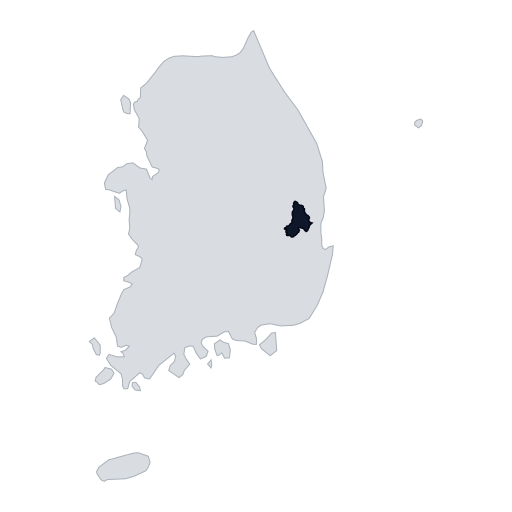 Cheongsong-gun, North Gyeongsang, South Korea (highlighted)
{"feature_id": "91817680B32757414449699", "entity_name": "Cheongsong-gun", "entity_type": "district", "adm_level": 2, "iso_a3": "KOR", "parent_name": "South Korea", "parent_adm1": "North Gyeongsang", "projection": "orthographic", "projection_center": [129.024, 36.373], "detail": "fine", "context": "in_parent", "style": "filled", "palette": "ink", "viewbox_px": 512, "rotation_deg": 0, "n_neighbors": 0, "source": "geoboundaries", "source_scale": "gbopen_adm2", "svg_char_len": 4782}
<svg xmlns="http://www.w3.org/2000/svg" viewBox="0 0 512 512"><path d="M138.2,99.2L140.3,97.7L140.5,95.4L140.7,88.0L146.6,83.0L155.0,72.5L159.2,66.8L163.8,61.5L169.2,58.0L174.4,56.3L182.6,55.8L198.3,56.7L201.3,56.1L212.2,55.7L214.8,56.7L222.7,57.4L231.5,56.8L235.9,55.3L240.0,52.7L243.6,47.9L247.4,39.0L251.4,32.0L253.7,30.7L269.5,68.2L284.8,92.4L297.9,109.9L316.8,143.6L322.4,161.6L323.0,172.7L326.2,188.1L323.5,196.9L324.4,210.7L323.2,217.9L320.9,223.1L320.9,233.2L321.7,238.6L321.8,245.7L323.3,248.5L325.5,249.6L328.9,246.9L333.2,245.8L332.5,254.4L327.4,276.2L323.0,292.1L316.9,305.9L309.1,318.5L299.7,323.5L293.1,325.3L280.5,325.9L270.0,323.7L261.0,325.2L257.4,327.8L254.7,332.3L256.6,339.3L256.3,344.5L252.5,344.1L244.8,341.0L236.3,340.5L232.4,339.0L228.5,331.6L224.4,331.8L217.3,336.1L206.4,336.9L202.5,339.2L201.1,342.3L202.7,346.2L208.1,351.3L206.2,356.5L200.4,359.0L195.9,352.6L193.2,346.3L190.0,345.9L184.9,347.6L183.8,354.3L186.1,358.9L189.8,364.2L184.4,370.2L182.9,374.5L179.0,377.6L168.7,370.5L170.2,365.6L174.8,360.9L175.5,356.0L174.1,353.1L159.0,365.2L149.5,379.0L144.6,377.9L142.6,374.3L139.8,372.7L129.7,381.5L127.7,388.7L124.0,388.8L122.5,385.8L122.5,379.3L121.0,373.7L110.9,365.5L106.4,358.4L109.0,354.5L117.5,356.9L124.3,356.8L123.1,353.4L120.9,351.8L125.5,350.1L129.3,346.3L126.2,345.2L121.4,347.3L117.5,346.1L116.2,336.9L111.6,327.4L109.4,318.2L114.2,313.1L116.9,305.0L121.6,293.4L123.9,289.6L130.0,287.0L132.3,284.0L129.0,282.3L123.7,280.8L123.9,277.4L127.6,275.6L131.7,272.0L139.7,267.6L142.3,259.1L140.1,256.8L135.2,254.7L136.4,250.3L138.5,247.1L137.8,245.1L132.2,239.3L128.5,234.1L129.8,228.3L129.1,219.5L129.9,212.1L129.7,208.1L127.1,199.0L126.1,189.9L122.4,191.1L119.4,193.3L108.9,189.8L105.6,189.5L104.4,182.8L108.4,174.6L117.6,167.6L122.8,166.8L126.8,163.7L132.8,162.8L140.0,168.0L146.5,169.1L149.9,177.8L152.1,179.6L152.6,176.5L158.0,172.9L159.3,170.2L158.2,168.6L152.2,167.0L147.0,156.2L146.3,151.6L144.4,148.6L147.6,140.2L141.5,130.4L138.6,127.2L139.2,118.6L136.1,112.9L134.4,109.9L133.4,104.6L134.4,102.2L137.3,101.4L138.2,99.2ZM107.5,479.5L104.3,481.3L101.5,480.1L100.7,479.2L97.3,474.3L96.5,471.8L98.9,467.2L108.8,459.8L133.9,453.0L138.4,452.8L148.2,456.2L150.1,462.2L148.2,467.3L145.9,470.7L134.3,476.2L125.4,478.8L107.5,479.5ZM276.7,350.6L270.2,355.7L261.5,348.7L259.4,344.9L266.1,339.3L271.7,333.0L275.4,332.6L276.7,350.6ZM230.3,349.7L229.5,357.8L224.6,358.2L221.8,352.9L218.7,355.4L217.0,355.4L214.7,348.9L214.4,343.7L220.1,339.9L223.5,342.3L228.5,343.6L230.3,349.7ZM103.6,383.6L99.2,384.7L96.8,381.8L95.1,381.0L96.1,377.2L103.5,370.0L105.0,367.5L111.6,369.2L114.0,373.2L110.7,379.1L103.6,383.6ZM130.6,102.8L130.0,113.8L126.4,113.3L123.9,112.1L122.9,109.9L120.7,99.6L123.6,95.4L128.9,98.9L130.6,102.8ZM100.2,353.3L99.2,355.3L96.3,354.6L93.4,348.8L92.2,344.2L89.3,341.6L94.2,337.8L100.2,345.1L100.2,353.3ZM121.0,206.6L119.9,212.0L115.5,208.3L114.6,196.4L119.1,200.0L121.0,206.6ZM421.6,125.3L418.6,127.9L415.0,125.4L414.5,122.8L416.4,120.5L420.7,119.0L422.7,121.0L421.6,125.3ZM139.4,386.7L140.4,390.7L134.9,389.9L132.0,386.0L132.5,382.7L135.8,382.3L139.4,386.7ZM211.8,365.4L211.0,368.0L207.6,364.0L211.1,359.8L211.8,365.4Z" fill="#d9dde1" stroke="#a8b0b8" stroke-width="1"/><path d="M304.4,208.7L303.4,208.2L303.2,207.7L303.3,207.0L303.1,206.2L301.5,205.3L300.5,205.3L299.5,205.2L298.1,204.3L297.8,203.7L297.6,202.8L296.6,202.0L295.8,201.7L294.8,201.1L294.8,200.9L294.1,202.8L293.8,202.8L293.6,203.6L293.9,204.2L293.9,204.8L293.3,205.4L292.9,206.0L293.0,206.8L293.4,207.4L293.9,208.2L294.0,209.0L293.8,209.9L293.5,210.5L293.0,211.1L292.4,212.0L292.3,213.0L292.3,214.2L292.4,215.4L292.8,216.2L292.9,217.1L292.9,218.3L292.4,219.4L291.9,220.2L291.9,221.0L292.1,222.3L291.9,223.0L291.0,223.3L290.2,223.9L289.7,224.7L289.1,225.6L288.2,226.0L287.3,226.0L286.6,226.3L286.4,227.0L286.1,227.5L285.4,227.7L284.8,228.0L284.5,228.4L284.5,229.0L285.0,229.2L285.7,229.3L286.6,229.5L286.8,230.0L286.4,230.5L285.9,231.0L286.0,231.6L286.1,232.4L286.8,232.5L287.3,232.8L287.1,233.5L286.6,233.9L286.4,234.4L286.6,235.0L286.8,235.4L287.0,235.4L287.3,235.5L287.6,235.5L288.7,235.5L290.1,235.4L290.5,235.8L290.9,236.4L291.1,236.8L291.7,237.0L292.4,236.9L292.7,236.9L293.6,236.7L293.9,235.9L295.1,235.5L297.0,233.8L297.5,232.8L298.2,232.4L298.8,232.0L299.1,230.8L299.4,230.2L299.1,229.7L298.6,229.2L298.2,228.2L298.9,227.7L300.1,227.6L301.1,227.9L302.1,228.1L303.0,228.3L304.0,229.2L304.9,230.5L306.1,231.5L306.9,231.1L307.7,230.3L308.0,229.4L308.4,228.5L309.2,227.1L309.2,226.0L310.2,224.7L312.1,223.0L310.9,222.7L310.1,222.3L309.6,221.9L308.7,220.6L308.7,219.6L309.1,218.8L309.4,218.0L309.4,217.3L308.3,215.9L307.8,215.4L307.0,215.1L306.3,214.8L305.6,213.5L304.9,212.6L304.4,211.7L304.4,208.9L304.4,208.7Z" fill="#0f172a" stroke="#020617" stroke-width="1.5"/></svg>